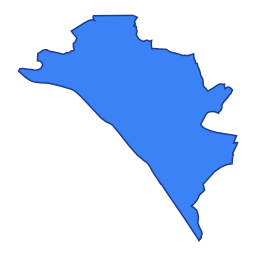 Santa Lucía, Atlántico, Colombia (Robinson projection)
{"feature_id": "7082276B3816592638323", "entity_name": "Santa Lucía", "entity_type": "district", "adm_level": 2, "iso_a3": "COL", "parent_name": "Colombia", "parent_adm1": "Atlántico", "projection": "robinson", "projection_center": [-74.963, 10.342], "detail": "fine", "context": "isolated", "style": "filled", "palette": "blue", "viewbox_px": 256, "rotation_deg": 0, "n_neighbors": 0, "source": "geoboundaries", "source_scale": "gbopen_adm2", "svg_char_len": 5572}
<svg xmlns="http://www.w3.org/2000/svg" viewBox="0 0 256 256"><path d="M151.6,40.5L150.6,41.0L149.9,41.1L149.3,41.0L148.7,40.9L148.3,40.7L147.8,40.4L147.6,40.3L147.3,40.2L147.0,40.2L145.5,40.5L145.2,40.7L144.7,41.0L144.4,41.1L143.5,41.2L142.8,41.1L142.2,41.0L141.5,40.7L140.9,40.3L140.2,39.9L139.4,39.3L138.9,39.0L138.5,38.5L138.0,37.8L137.4,36.9L136.8,35.6L136.5,35.0L136.4,34.4L136.3,33.9L136.4,33.7L136.8,32.6L136.9,32.0L137.0,31.7L137.0,31.3L136.9,30.8L136.7,30.4L136.6,29.9L136.3,29.0L136.3,28.2L136.4,27.2L136.4,26.9L136.4,26.7L136.2,26.5L136.0,26.4L135.2,26.4L134.8,26.4L134.5,26.3L134.0,26.0L133.8,25.8L133.7,25.5L133.8,25.4L134.4,25.0L134.9,24.9L135.2,24.8L135.4,24.6L135.5,24.4L135.5,24.1L135.0,22.8L134.7,22.4L134.3,22.1L134.5,21.6L135.9,19.3L137.3,17.4L136.8,17.2L136.3,16.9L134.5,16.0L132.8,15.4L132.2,15.4L131.2,15.4L95.0,15.7L93.7,15.6L93.3,16.2L93.2,16.7L93.1,17.4L93.1,18.0L93.2,18.5L93.6,19.3L94.4,20.3L92.8,20.0L91.5,20.0L90.2,20.1L89.3,20.3L88.2,20.8L87.1,21.4L82.9,23.8L74.2,29.3L71.3,31.0L72.6,32.8L73.3,33.7L75.2,35.9L75.8,36.5L76.1,37.0L76.6,37.8L76.7,38.0L76.7,38.5L76.5,39.2L75.9,40.2L75.3,41.6L75.0,42.0L74.9,42.2L74.6,42.4L73.9,42.9L73.6,43.2L73.4,43.4L73.3,43.7L73.3,44.3L73.4,45.3L73.5,47.5L73.7,48.0L74.0,49.1L74.1,49.6L74.1,49.9L74.1,50.1L73.9,50.5L73.7,50.7L73.5,50.8L73.3,50.8L72.2,50.8L71.8,50.8L71.3,51.1L70.7,51.3L69.8,52.1L69.2,52.5L68.8,52.7L68.3,52.8L67.0,52.7L66.5,52.8L66.1,52.9L65.5,53.2L64.5,53.8L64.2,54.0L63.4,54.2L62.8,54.3L62.4,54.2L61.8,54.0L60.7,53.5L60.2,53.4L58.5,53.1L57.1,52.7L55.7,52.4L52.4,51.8L50.7,51.5L49.9,51.3L49.2,51.1L48.2,50.6L47.7,50.4L47.2,49.9L46.6,49.8L45.9,49.7L45.2,49.8L44.8,49.9L43.8,50.0L43.4,50.1L43.0,50.3L42.1,50.8L41.2,51.4L40.7,51.8L39.9,52.4L38.3,53.3L37.9,53.4L37.7,56.0L37.5,59.1L37.4,60.8L38.1,60.8L39.1,61.0L40.0,61.1L40.3,61.2L41.3,62.1L41.8,62.7L42.3,63.4L42.4,63.9L42.6,65.7L42.6,66.0L42.4,66.4L42.0,66.5L41.4,67.4L40.9,68.2L40.2,68.9L39.9,69.0L39.4,69.0L38.7,69.4L38.0,69.7L37.4,69.9L36.8,70.0L35.5,70.2L34.9,70.2L33.7,70.0L33.2,69.9L32.7,69.8L31.8,69.4L31.5,69.5L30.6,69.5L29.9,69.4L28.7,69.4L27.9,69.3L26.7,69.2L26.1,69.1L25.4,68.9L23.3,68.5L21.3,68.6L19.8,68.8L19.5,69.7L19.0,70.3L18.5,71.1L24.8,76.7L29.3,79.9L32.9,81.6L36.1,82.2L40.8,82.8L48.3,83.1L59.7,85.8L72.0,89.4L75.9,91.8L81.0,96.5L95.5,112.0L100.5,117.5L105.6,121.5L110.4,123.7L112.9,125.5L119.7,133.8L128.4,144.9L137.0,154.7L142.8,159.6L142.8,159.8L146.6,162.4L147.8,163.6L149.8,166.4L152.1,170.6L154.7,175.0L156.9,178.0L160.4,183.7L160.7,183.3L174.5,203.7L184.0,217.6L198.0,238.8L199.0,240.6L199.5,239.8L200.3,239.1L200.2,238.9L201.1,238.0L201.3,237.5L201.2,237.5L201.0,237.2L200.9,237.1L200.9,236.7L201.0,236.4L201.1,236.2L201.4,235.7L202.0,234.4L202.1,234.1L202.0,233.3L201.8,232.7L201.8,232.2L201.6,231.7L201.4,230.9L201.0,230.3L200.6,229.4L200.1,228.6L199.6,227.6L199.3,227.1L199.2,226.7L197.9,222.8L197.6,222.1L197.9,221.5L198.1,220.5L198.3,219.8L198.4,218.6L198.4,217.5L198.3,216.4L198.1,215.3L197.9,214.2L197.7,213.3L197.4,212.3L196.5,210.1L194.7,208.3L193.0,206.9L192.3,206.6L191.8,206.5L191.6,206.4L191.5,206.0L191.7,205.7L192.5,205.1L192.9,204.8L193.4,204.2L194.4,203.3L195.4,202.3L196.3,201.1L196.7,200.6L197.3,199.5L198.5,197.3L199.3,195.4L199.8,194.8L200.3,194.3L200.2,194.3L204.6,190.3L204.5,189.9L204.4,189.2L203.7,186.7L203.2,183.8L205.0,182.3L210.7,175.9L212.7,173.7L214.2,171.9L219.6,168.1L221.8,166.8L224.4,165.7L225.1,165.3L227.0,164.6L228.8,164.2L230.8,163.9L232.1,163.8L232.6,156.2L232.9,155.6L233.5,154.7L232.5,153.3L232.9,152.6L233.4,151.9L233.7,151.3L234.2,150.3L235.0,148.4L235.7,147.0L236.6,145.3L236.8,144.7L237.1,143.9L237.5,142.5L236.8,142.5L234.9,142.8L234.2,143.0L233.6,143.0L236.6,135.8L230.5,134.7L224.5,133.8L219.2,132.9L217.3,132.6L215.9,132.3L210.7,130.9L209.7,130.5L205.3,128.7L204.4,128.2L203.1,127.1L202.2,126.4L201.5,125.6L200.8,124.7L200.7,124.4L202.5,121.1L204.1,117.9L204.9,116.4L205.5,115.4L205.7,114.8L206.1,114.1L207.0,113.3L207.7,112.7L208.3,112.3L208.9,112.1L210.0,111.8L210.8,111.7L212.4,111.6L213.2,111.5L213.7,111.6L215.0,111.9L218.6,113.3L218.8,112.2L219.2,111.9L219.9,111.3L220.8,110.3L221.6,108.9L221.8,108.2L221.9,107.5L221.9,106.8L221.9,106.1L222.0,105.3L222.0,104.8L222.6,103.6L223.4,102.5L223.9,101.8L224.6,101.1L225.1,100.3L226.0,99.3L226.6,98.7L228.4,96.6L228.8,95.9L229.1,95.3L229.5,94.7L230.2,94.0L230.9,93.5L231.0,93.4L232.5,89.9L231.9,89.3L231.0,88.4L230.2,87.7L229.7,87.4L229.3,87.2L228.9,87.1L228.3,87.1L227.4,87.2L226.8,87.4L225.1,88.8L224.1,85.1L224.7,84.4L225.0,83.7L224.8,83.9L223.9,84.3L223.4,84.3L221.9,84.1L221.2,84.0L220.7,84.0L219.5,84.1L219.0,84.3L218.3,84.6L217.7,84.9L215.9,86.2L214.9,86.8L214.6,87.1L214.1,87.5L213.1,88.0L211.5,89.0L210.5,89.5L209.1,90.5L208.8,90.7L207.8,91.0L207.2,90.5L207.0,90.0L206.2,89.0L205.3,88.1L203.7,86.2L203.5,85.7L203.3,84.9L203.2,84.5L203.2,82.0L203.0,80.9L202.8,80.0L202.8,79.3L202.6,79.1L202.4,78.9L202.1,78.2L202.1,77.9L201.9,77.4L200.8,75.6L200.5,74.4L200.3,73.2L200.2,72.6L199.9,71.7L199.8,71.0L198.9,68.7L198.5,67.8L198.2,67.2L197.8,66.4L197.6,65.7L197.4,64.6L197.1,63.4L195.5,63.5L195.5,62.2L195.4,61.4L194.9,59.8L194.4,59.3L194.1,58.4L194.0,57.0L193.8,56.4L193.8,55.8L193.7,55.3L193.6,53.8L190.6,54.8L188.5,55.4L187.4,55.6L187.0,55.6L185.1,55.3L184.5,55.3L184.1,55.4L182.8,55.5L181.0,54.8L180.5,54.7L179.0,54.2L177.5,53.7L174.8,53.0L173.0,52.8L172.3,52.5L171.4,52.3L170.4,51.9L168.7,51.0L168.1,50.6L167.2,50.0L166.3,49.5L166.2,49.4L165.9,49.3L161.4,49.1L159.7,49.1L157.8,48.8L155.7,48.7L154.3,48.5L151.7,48.7L151.2,43.3L151.5,41.8L151.6,40.5Z" fill="#3b82f6" stroke="#1e3a8a" stroke-width="1.5"/></svg>